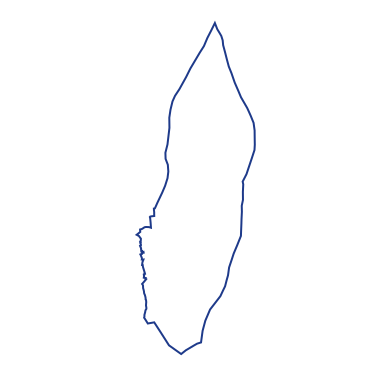 Akure South, Ondo, Nigeria (Robinson projection), rotated 240°
{"feature_id": "59680162B21108805782195", "entity_name": "Akure South", "entity_type": "district", "adm_level": 2, "iso_a3": "NGA", "parent_name": "Nigeria", "parent_adm1": "Ondo", "projection": "robinson", "projection_center": [5.204, 7.189], "detail": "fine", "context": "isolated", "style": "outline", "palette": "blue", "viewbox_px": 384, "rotation_deg": 240, "n_neighbors": 0, "source": "geoboundaries", "source_scale": "gbopen_adm2", "svg_char_len": 2583}
<svg xmlns="http://www.w3.org/2000/svg" viewBox="0 0 384 384"><g transform="rotate(240 192 192)"><path d="M182.6,122.7L180.5,124.0L177.1,124.4L175.3,123.2L174.9,122.9L175.1,122.6L174.8,122.1L173.9,122.3L173.6,121.7L172.8,121.7L172.4,121.5L171.9,121.4L171.8,121.2L171.3,121.0L171.4,120.4L171.4,120.1L170.4,119.9L169.5,119.9L169.1,119.8L168.7,119.7L168.2,119.5L168.2,119.4L167.2,119.0L166.1,118.5L165.8,119.3L164.4,118.8L164.3,120.0L163.7,119.8L163.8,119.6L164.0,118.9L164.0,118.7L164.1,118.4L163.8,118.3L163.9,117.7L163.4,117.5L163.7,116.1L163.3,116.1L160.0,115.6L158.9,115.1L158.6,114.8L158.0,115.7L157.8,116.2L157.5,115.9L157.3,115.5L157.0,115.2L156.9,115.1L156.1,114.1L153.8,112.3L153.5,112.8L151.4,112.0L144.9,110.5L145.1,110.0L144.9,109.9L144.4,109.7L144.6,109.0L142.9,108.3L142.2,107.6L141.9,107.4L141.3,108.2L141.2,108.3L140.9,108.6L140.6,108.9L140.1,108.3L139.4,108.7L138.3,105.7L137.3,102.8L136.2,102.9L135.5,102.8L133.2,101.6L132.0,101.3L130.9,101.0L129.9,100.7L128.9,100.2L127.8,99.8L126.9,99.8L125.6,99.5L124.5,99.2L123.4,98.8L122.1,98.1L121.5,98.2L120.6,97.8L119.5,97.3L118.8,96.8L117.9,96.2L117.3,95.8L116.7,95.4L115.9,95.1L115.0,94.8L114.0,94.3L113.5,93.9L113.1,93.0L112.2,92.0L111.5,91.5L109.3,89.3L108.0,88.6L107.1,87.7L105.6,87.8L100.2,88.0L98.0,94.1L86.5,94.7L70.7,95.4L57.1,101.6L58.0,107.6L58.1,116.6L58.1,120.6L57.2,124.6L66.5,131.8L73.9,139.2L81.2,148.9L87.6,164.5L91.1,169.5L93.8,173.5L98.6,178.2L101.8,181.5L108.1,186.4L113.4,192.4L117.9,197.4L123.2,204.4L129.5,212.4L135.7,216.3L139.8,218.9L143.7,221.3L149.9,225.3L155.2,228.2L159.7,232.2L166.8,236.2L167.7,236.8L173.0,240.2L175.7,241.1L180.2,248.1L186.4,255.1L191.7,261.1L197.1,267.1L201.5,270.0L206.9,273.0L214.0,277.0L221.1,279.9L228.2,280.9L232.9,281.4L237.1,281.8L245.9,281.8L249.5,281.8L256.6,282.7L265.4,283.7L275.2,285.6L282.3,286.6L289.4,288.5L296.5,290.5L303.6,292.4L308.0,294.4L312.5,295.4L316.0,295.4L320.4,295.3L326.9,296.3L322.2,289.3L317.7,282.3L312.4,275.3L308.8,268.4L304.3,260.4L299.8,252.4L294.5,244.4L287.3,232.4L283.8,225.4L280.2,220.4L274.0,214.5L267.7,209.5L258.8,204.5L245.5,194.6L239.3,188.6L233.9,185.7L227.7,184.7L221.5,181.7L216.2,177.7L210.8,171.8L206.3,165.8L202.3,160.0L200.1,156.8L196.6,152.0L196.4,151.6L196.7,150.7L195.9,150.3L195.2,149.9L194.6,149.7L194.2,149.5L193.3,149.1L191.6,148.1L190.1,147.3L191.3,144.5L191.6,143.5L191.4,143.0L190.3,142.7L186.3,140.9L181.6,138.6L182.7,137.6L183.6,136.5L184.1,135.6L184.7,134.7L185.0,133.9L185.2,133.2L185.1,131.7L185.0,130.7L185.1,129.7L185.5,128.3L183.3,127.2L182.6,122.7Z" fill="none" stroke="#1e3a8a" stroke-width="2"/></g></svg>